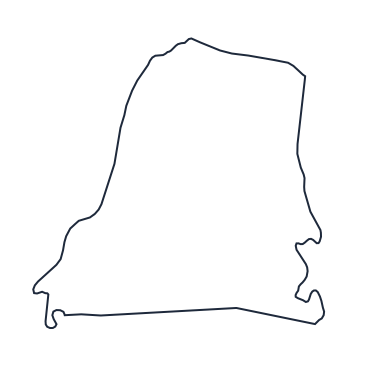 map outline of Nickerie (Natural Earth projection), rotated 7°
{"feature_id": "SUR-37", "entity_name": "Nickerie", "entity_type": "District", "adm_level": 1, "iso_a3": "SUR", "parent_name": "Suriname", "parent_adm1": "", "projection": "natural_earth1", "projection_center": [-56.858, 5.617], "detail": "fine", "context": "isolated", "style": "outline", "palette": "slate", "viewbox_px": 384, "rotation_deg": 7, "n_neighbors": 0, "source": "natural_earth", "source_scale": "10m", "svg_char_len": 1613}
<svg xmlns="http://www.w3.org/2000/svg" viewBox="0 0 384 384"><g transform="rotate(7 192 192)"><path d="M47.6,311.6L46.3,308.0L47.4,303.8L50.1,299.6L66.3,280.8L69.8,274.6L71.1,265.6L71.5,257.3L72.5,251.2L75.6,243.1L80.2,237.7L83.1,234.4L93.8,229.7L98.3,225.5L101.5,220.8L103.6,215.2L111.6,173.5L113.2,136.9L115.5,124.0L116.3,114.4L120.2,98.7L124.1,88.0L132.9,71.2L134.3,66.8L136.2,63.4L139.0,61.2L146.6,59.6L148.9,57.9L150.6,56.1L152.4,55.4L153.9,54.2L158.1,48.8L160.0,47.0L163.3,45.6L166.6,44.9L170.2,40.6L172.7,39.7L181.9,42.5L202.5,48.1L214.7,49.7L231.3,49.7L257.3,51.0L271.6,52.0L277.3,54.5L287.7,62.0L290.2,63.3L290.3,67.1L290.9,131.5L291.9,141.3L297.0,154.5L300.7,161.0L302.0,164.5L302.7,173.3L303.5,177.4L311.9,197.1L324.1,214.1L324.9,216.7L325.5,220.7L324.7,225.5L323.8,227.3L322.0,227.6L318.1,224.8L315.9,224.0L313.8,224.5L311.9,226.4L310.1,228.5L308.2,230.2L306.1,230.5L303.9,230.0L302.0,230.3L301.5,232.7L302.8,236.6L313.8,249.7L315.5,252.8L316.4,256.5L316.1,261.9L314.5,265.6L312.7,268.4L311.1,270.3L309.6,272.7L309.4,277.0L308.1,279.4L307.4,281.7L307.7,283.4L310.1,284.5L315.4,285.9L318.4,287.3L320.4,286.4L321.2,284.5L322.3,278.7L323.5,276.2L325.0,274.9L326.9,274.6L329.0,276.0L331.7,280.1L333.7,284.3L336.0,290.8L337.7,294.6L337.7,298.2L336.2,301.7L333.8,303.5L330.2,308.1L250.2,301.7L116.5,325.7L97.0,326.9L80.7,329.8L80.4,329.0L79.0,326.6L75.6,325.4L71.8,325.7L69.0,327.6L68.4,331.3L70.2,335.0L73.6,339.7L72.7,342.2L70.5,343.9L67.6,344.3L64.7,343.4L63.0,341.3L62.4,338.2L61.9,311.2L60.8,310.2L58.7,310.3L55.4,309.3L50.6,311.6L47.6,311.6Z" fill="none" stroke="#1e293b" stroke-width="2"/></g></svg>